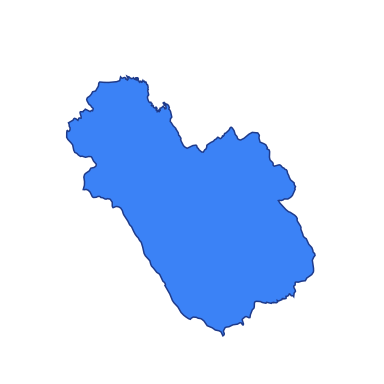 Soppeng, Sulawesi Selatan, Indonesia, rotated 330°
{"feature_id": "22746128B93867843889604", "entity_name": "Soppeng", "entity_type": "district", "adm_level": 2, "iso_a3": "IDN", "parent_name": "Indonesia", "parent_adm1": "Sulawesi Selatan", "projection": "equal_earth", "projection_center": [119.925, -4.319], "detail": "fine", "context": "isolated", "style": "filled", "palette": "blue", "viewbox_px": 384, "rotation_deg": 330, "n_neighbors": 0, "source": "geoboundaries", "source_scale": "gbopen_adm2", "svg_char_len": 6034}
<svg xmlns="http://www.w3.org/2000/svg" viewBox="0 0 384 384"><g transform="rotate(330 192 192)"><path d="M146.8,332.0L147.7,332.0L148.8,331.3L149.2,330.6L149.4,329.1L149.8,328.0L152.7,326.1L154.0,326.1L156.7,327.2L161.1,327.5L165.3,329.2L168.2,329.2L169.1,329.9L169.4,332.4L170.0,332.7L170.6,332.0L171.6,327.7L172.0,327.3L175.2,326.7L176.4,326.8L177.0,327.3L178.5,329.4L179.4,329.7L181.3,327.4L185.3,324.2L187.5,323.6L188.5,322.6L190.6,319.3L191.2,318.8L192.1,318.6L193.2,318.9L196.5,321.1L197.6,322.8L200.2,325.1L200.5,325.3L201.4,324.8L201.6,324.9L205.0,328.1L206.2,327.8L206.8,328.6L207.7,328.4L208.3,329.3L209.9,330.2L211.1,330.0L211.6,328.5L212.5,329.7L216.1,330.2L216.9,329.4L217.4,329.7L217.7,330.3L218.3,330.2L218.7,330.8L220.2,331.2L220.6,330.8L221.2,329.4L222.0,329.8L223.8,329.9L225.2,328.9L225.6,329.0L225.8,329.4L226.1,331.4L226.6,331.9L227.7,332.3L227.8,333.4L229.9,330.6L231.9,329.8L232.3,328.7L232.5,325.6L232.8,324.8L233.1,324.4L234.8,324.1L236.2,321.9L237.1,322.0L239.1,323.3L242.2,324.0L245.8,325.5L248.4,323.9L254.4,323.4L257.1,322.0L257.9,321.0L259.1,318.8L262.1,311.2L265.0,309.2L266.8,308.5L267.4,306.8L266.9,304.3L267.5,303.0L268.0,300.0L267.0,295.7L267.6,289.6L266.6,287.6L266.3,285.7L266.8,284.1L267.7,278.5L268.6,277.3L268.9,276.0L268.7,270.0L268.9,269.0L269.9,267.5L269.9,265.5L269.3,263.4L266.9,258.7L265.7,257.3L264.5,254.1L262.6,245.6L262.5,242.6L263.7,243.0L265.0,244.0L267.0,244.4L268.5,244.2L271.5,246.0L274.8,245.9L277.2,245.2L281.9,241.8L282.8,241.1L282.8,240.1L284.3,239.2L284.2,237.0L285.0,235.1L283.4,230.7L283.6,227.8L284.0,226.0L284.1,223.6L284.9,221.2L284.8,219.9L283.9,218.9L283.6,217.3L282.6,216.0L282.2,213.6L281.6,212.4L280.6,211.9L276.2,210.8L275.7,209.7L275.8,209.1L276.5,207.9L276.6,206.8L275.7,203.7L275.7,202.8L276.5,200.5L279.4,195.9L279.8,194.5L279.7,193.9L278.5,192.1L279.4,191.4L279.5,188.0L278.4,186.1L275.9,182.8L277.0,178.7L278.7,176.5L278.5,173.7L274.0,170.5L270.2,170.4L263.9,171.5L260.2,171.3L259.6,170.9L258.6,169.7L258.2,168.5L258.7,166.4L258.2,163.8L259.1,159.9L258.9,156.9L258.5,155.7L258.1,155.4L256.9,155.6L255.4,156.7L253.3,157.3L250.4,157.9L249.5,157.6L247.9,159.0L247.0,159.3L246.6,158.7L246.2,158.8L245.8,159.4L244.2,160.0L243.1,159.9L241.9,157.6L241.5,157.4L239.7,158.1L237.7,158.1L236.0,158.7L233.0,158.5L228.6,158.8L228.0,159.2L227.3,160.3L226.4,161.2L225.3,161.8L224.2,161.8L221.7,163.1L220.4,162.2L219.2,159.0L219.2,157.3L218.7,156.3L219.2,154.3L218.9,153.4L216.0,152.2L209.6,151.7L208.1,149.0L207.8,147.3L208.0,143.2L208.3,140.9L208.9,140.6L209.3,139.8L209.2,137.0L208.8,136.4L209.7,133.8L209.6,130.1L209.4,129.6L209.8,128.9L208.8,125.2L208.7,121.8L208.4,120.0L210.1,117.7L211.6,117.3L212.0,116.9L213.7,111.4L213.7,109.5L213.4,108.7L214.6,107.5L214.9,105.4L214.6,104.0L213.1,102.2L212.9,101.3L212.0,101.1L212.7,100.9L212.7,100.5L212.4,100.4L211.5,100.5L211.6,102.0L212.1,102.2L212.0,102.7L211.6,103.1L212.0,103.4L212.7,103.0L212.6,104.2L212.0,105.0L211.7,106.2L211.1,106.8L210.1,106.4L210.3,105.0L209.9,103.3L207.7,103.8L206.2,103.5L205.3,105.3L204.9,105.1L205.2,104.8L205.0,104.3L204.6,104.4L204.3,105.8L204.0,106.0L203.5,104.9L202.9,105.4L202.4,105.2L202.9,104.9L202.9,104.3L203.3,104.2L202.9,103.8L202.7,104.1L202.2,104.2L201.9,103.2L202.6,102.1L202.8,102.3L203.5,102.0L203.4,100.7L203.1,100.5L202.7,100.9L202.0,100.8L201.2,99.8L201.0,99.2L201.5,98.4L201.5,97.6L200.4,97.4L200.1,96.9L200.9,96.6L201.5,95.6L201.5,95.1L201.2,94.6L201.2,93.6L200.3,93.6L199.7,92.2L200.2,89.1L200.9,87.5L201.5,86.8L202.6,86.6L202.7,86.1L203.2,85.9L204.2,82.2L204.9,81.5L205.3,81.5L205.5,80.4L206.2,79.6L206.8,78.2L207.1,76.9L206.6,76.4L207.1,73.8L206.9,73.6L206.5,73.9L206.0,73.5L206.2,72.5L206.0,72.0L205.1,71.8L205.2,70.9L204.8,71.2L204.0,71.1L203.8,71.8L203.3,71.8L203.2,71.1L202.6,71.0L202.5,70.1L201.4,70.5L201.5,69.5L201.0,68.6L202.1,67.1L201.9,66.6L202.1,66.4L202.1,65.9L201.8,65.8L201.4,66.2L201.3,65.4L200.3,65.0L200.1,65.4L200.4,67.1L200.1,67.3L198.9,65.9L198.8,65.2L198.5,65.2L198.5,63.8L197.2,63.9L196.0,63.4L195.9,62.7L195.1,62.0L195.2,61.4L194.9,60.6L194.4,60.6L193.6,59.2L193.4,60.3L193.8,61.5L193.4,61.6L192.8,62.6L191.9,62.7L191.8,61.4L191.1,61.0L191.5,60.3L191.2,59.4L190.7,59.0L188.4,58.6L188.1,58.2L187.7,56.6L185.1,59.4L181.9,58.8L174.7,55.5L170.7,53.1L167.1,50.6L165.7,51.1L163.9,53.5L159.0,56.3L156.0,55.5L153.7,57.0L151.3,57.8L148.6,58.0L147.1,59.1L146.7,60.5L146.6,63.7L146.7,64.9L147.5,66.3L147.5,68.0L148.2,70.2L147.9,70.7L146.5,71.9L145.7,71.1L144.0,71.4L141.0,66.9L139.8,67.5L138.7,67.4L137.8,68.0L135.4,66.7L134.6,67.4L133.6,71.5L132.8,72.6L131.4,71.5L130.9,71.5L129.0,72.9L128.0,70.4L127.0,69.4L126.2,69.5L124.9,70.3L119.6,70.3L119.5,71.7L118.5,73.9L118.5,75.5L117.6,76.9L116.7,77.7L115.8,77.9L115.1,77.7L115.0,76.5L114.5,76.4L113.4,77.6L110.8,82.0L110.8,84.5L111.8,88.7L112.2,91.5L110.5,96.6L110.3,99.1L111.6,101.0L112.1,103.1L113.2,105.4L114.7,106.0L117.2,108.7L120.3,109.6L122.3,111.0L122.5,112.0L122.2,116.0L123.0,120.0L122.1,121.3L121.3,121.6L119.5,121.8L116.2,120.8L113.8,122.3L108.9,122.7L107.5,123.3L105.8,125.0L104.1,129.3L102.2,132.4L99.0,135.5L100.1,136.3L101.6,136.8L103.0,138.6L103.7,141.1L103.3,146.0L103.6,147.0L104.1,147.6L106.5,148.7L108.3,148.8L109.7,149.6L110.1,150.1L110.3,151.2L111.8,152.3L113.2,154.6L114.2,155.3L115.3,155.4L117.3,157.0L117.6,157.8L117.8,161.0L115.9,164.3L115.7,165.4L115.8,166.1L118.7,166.5L119.7,167.0L121.1,168.3L122.2,170.2L122.4,173.2L121.6,176.5L121.5,178.0L121.9,185.1L121.6,189.2L122.3,191.9L121.8,197.1L121.7,200.4L122.0,202.9L122.5,204.7L122.4,208.1L122.8,209.1L122.8,210.6L121.8,214.9L119.8,221.3L119.7,223.9L121.1,230.5L120.2,233.7L119.9,235.8L120.6,238.8L121.3,243.9L122.7,246.7L122.8,247.5L122.2,254.7L122.7,255.9L123.0,257.6L122.6,259.2L121.8,259.4L121.8,269.2L120.8,276.2L121.0,279.0L122.3,284.5L122.3,290.9L123.2,294.5L124.3,297.2L125.7,300.0L126.9,301.4L128.3,300.9L130.5,300.9L133.1,302.7L134.2,304.4L136.2,306.0L136.9,307.1L137.9,309.8L138.3,315.4L141.7,319.8L143.1,323.1L146.1,325.8L147.0,327.3L147.2,327.9L146.8,332.0Z" fill="#3b82f6" stroke="#1e3a8a" stroke-width="1.5"/></g></svg>